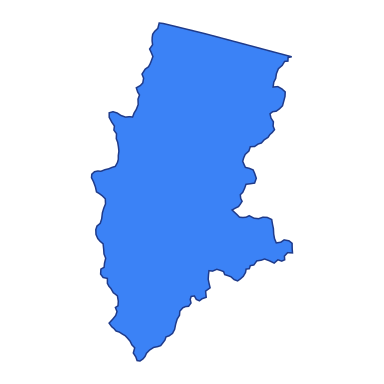 the district of Sumidouro, Rio de Janeiro, Brazil
{"feature_id": "56859067B1931202868426", "entity_name": "Sumidouro", "entity_type": "district", "adm_level": 2, "iso_a3": "BRA", "parent_name": "Brazil", "parent_adm1": "Rio de Janeiro", "projection": "robinson", "projection_center": [-42.662, -22.118], "detail": "fine", "context": "isolated", "style": "filled", "palette": "blue", "viewbox_px": 384, "rotation_deg": 0, "n_neighbors": 0, "source": "geoboundaries", "source_scale": "gbopen_adm2", "svg_char_len": 3009}
<svg xmlns="http://www.w3.org/2000/svg" viewBox="0 0 384 384"><path d="M159.2,23.0L157.8,28.4L154.7,31.3L152.7,34.2L152.2,37.5L152.1,40.9L152.6,44.7L149.6,49.0L151.1,52.2L152.9,56.5L151.3,60.9L150.1,63.9L148.5,66.8L145.2,69.1L142.0,74.1L143.6,78.2L142.8,82.9L140.4,85.5L136.3,87.8L137.7,92.1L139.5,95.0L138.0,99.1L138.2,104.6L136.3,109.4L134.1,113.0L132.6,117.0L129.4,116.7L125.5,117.1L120.8,115.4L117.2,113.0L113.0,111.7L109.2,112.8L109.2,117.3L111.9,122.4L114.4,126.0L113.9,130.1L116.5,133.7L116.3,138.7L117.7,142.3L118.4,146.7L118.9,151.2L118.3,155.5L118.3,159.4L117.4,162.6L115.3,166.4L112.0,167.4L108.7,168.8L104.9,169.7L100.9,171.3L97.8,171.0L94.5,171.7L91.8,174.2L91.5,177.7L93.5,181.7L95.4,186.9L96.5,191.9L99.2,193.5L102.3,195.8L105.3,198.8L105.5,204.0L103.8,208.1L102.4,212.8L101.7,218.8L100.2,223.4L97.0,226.0L95.8,229.6L96.0,234.5L97.8,238.6L100.1,241.3L103.1,243.8L103.7,249.5L104.0,254.0L105.7,258.2L104.5,263.2L104.1,267.3L100.9,269.1L100.6,274.1L103.1,277.5L107.4,278.4L107.4,283.4L108.9,286.2L110.9,288.5L113.3,292.7L117.4,295.8L118.3,301.2L118.0,305.8L115.4,307.5L117.0,311.6L115.7,315.5L112.8,319.1L109.1,323.1L111.7,326.7L114.0,328.6L116.0,331.0L119.4,332.1L122.1,333.9L125.2,335.7L127.4,338.0L130.1,341.2L131.9,344.9L134.7,347.8L133.3,353.0L135.8,356.9L137.1,360.6L140.0,361.0L143.0,358.9L145.0,356.5L146.5,353.2L149.5,350.1L153.7,347.4L157.8,346.6L160.7,345.6L162.9,342.8L164.9,340.1L166.0,336.9L169.2,335.8L172.5,333.4L174.6,329.4L175.7,324.0L177.2,319.0L179.5,315.3L179.8,311.2L182.8,307.8L185.5,306.6L188.6,306.3L191.0,303.0L190.2,299.4L191.2,296.4L194.4,296.0L196.3,299.4L199.4,300.8L202.2,298.7L206.2,297.3L205.6,291.1L210.1,287.8L209.0,283.2L208.2,279.3L208.5,274.6L209.0,270.7L212.6,271.1L216.8,269.3L220.8,270.5L223.6,271.6L224.7,274.6L228.1,275.7L231.0,276.8L234.1,279.6L237.6,280.9L240.4,278.9L243.3,276.3L245.5,272.5L246.1,269.1L249.3,268.7L250.3,265.6L253.8,265.0L256.8,260.9L261.2,260.2L264.6,259.0L269.2,260.7L274.2,263.1L277.9,259.8L281.7,261.1L284.7,259.8L284.4,256.1L287.6,252.7L292.5,252.9L292.2,248.8L292.1,243.3L289.0,240.8L284.1,239.9L280.8,242.2L276.3,242.9L274.5,238.6L273.7,234.1L273.4,228.6L272.5,224.3L271.7,219.5L267.2,217.4L262.9,217.2L258.6,218.7L254.0,218.2L249.2,215.7L246.2,217.2L242.9,217.5L239.5,217.2L236.9,214.5L234.3,212.1L232.1,210.0L235.2,208.2L238.5,206.6L240.4,204.0L242.1,201.3L240.7,198.5L240.3,194.7L242.7,192.4L244.6,188.3L246.0,184.3L249.8,183.8L254.6,183.1L256.3,178.3L254.6,173.3L253.1,169.9L249.2,168.3L245.4,167.4L244.0,164.4L242.7,161.3L243.7,157.8L245.2,154.4L248.9,151.0L250.3,146.7L254.6,146.5L258.2,144.0L261.4,143.0L264.2,139.8L268.0,137.4L269.9,134.5L272.2,132.5L274.5,129.7L273.1,126.1L273.4,121.8L271.0,118.1L270.0,113.8L272.7,111.7L276.2,111.2L279.5,108.8L282.5,105.8L283.9,100.6L285.0,96.4L285.2,91.9L281.9,88.9L277.8,86.6L273.1,87.0L273.8,82.1L275.7,78.4L276.4,73.7L278.4,68.7L282.2,65.4L284.6,61.4L287.9,61.1L288.1,57.5L291.7,56.8L204.7,33.6L163.3,23.5L159.2,23.0Z" fill="#3b82f6" stroke="#1e3a8a" stroke-width="1.5"/></svg>